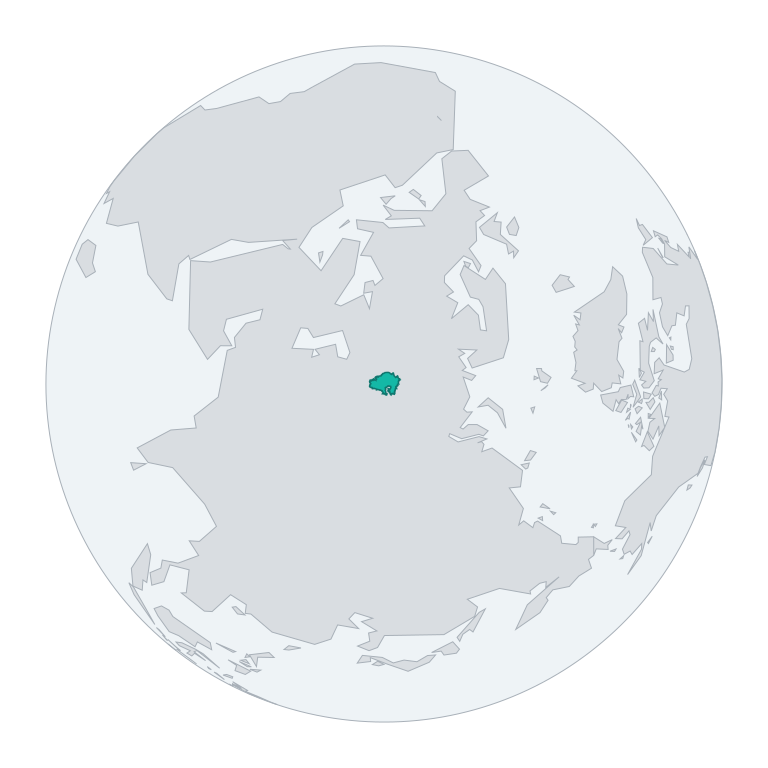 Bashkortostan highlighted on a globe, orthographic projection, rotated 103°
{"feature_id": "RUS-2378", "entity_name": "Bashkortostan", "entity_type": "Republic", "adm_level": 1, "iso_a3": "RUS", "parent_name": "Russia", "parent_adm1": "", "projection": "orthographic", "projection_center": [56.933, 54.055], "detail": "fine", "context": "on_globe", "style": "filled", "palette": "teal", "viewbox_px": 768, "rotation_deg": 103, "n_neighbors": 0, "source": "natural_earth", "source_scale": "10m", "svg_char_len": 16146}
<svg xmlns="http://www.w3.org/2000/svg" viewBox="0 0 768 768"><g transform="rotate(103 384 384)"><circle cx="384" cy="384" r="338" fill="#eef3f6" stroke="#a8b0b8"/><path d="M376.2,46.2L390.0,47.1L390.4,53.8L382.1,52.5L383.1,54.8L393.6,57.0L400.3,57.9L418.1,73.7L451.0,89.1L467.1,90.6L459.1,93.5L493.4,94.8L514.9,103.8L487.0,95.9L481.5,97.0L494.3,103.9L491.4,106.6L495.9,111.7L491.3,114.5L475.4,110.4L472.0,112.3L481.3,117.2L482.5,123.6L469.4,116.1L470.1,126.7L443.6,123.1L412.3,103.1L394.0,106.0L352.1,98.9L352.4,103.0L336.7,103.8L331.1,109.1L324.9,106.9L325.8,113.1L332.5,114.2L335.1,117.4L332.4,120.8L324.1,118.4L324.2,116.3L320.4,117.4L317.4,114.8L317.3,118.0L307.6,115.1L313.2,123.1L302.0,125.1L296.6,121.8L302.5,115.4L304.8,94.1L301.1,89.9L290.1,89.8L257.8,102.9L251.6,101.4L239.2,104.4L240.1,107.8L250.1,106.9L248.8,114.7L261.2,113.3L262.5,116.6L273.1,118.4L265.6,125.5L252.6,131.6L243.4,130.7L237.4,133.6L241.4,140.9L219.8,146.0L197.6,161.9L192.6,162.8L191.4,152.2L203.4,135.4L201.9,124.0L196.9,139.1L184.5,142.1L180.0,146.2L177.2,150.9L179.5,152.9L174.1,155.9L177.0,141.4L182.0,138.4L181.0,142.9L186.5,135.3L188.4,126.7L182.0,129.5L191.6,115.3L187.2,117.4L186.8,115.8L193.2,113.3L181.8,117.8L192.1,106.3L183.9,111.7L194.1,104.5L198.3,101.7L210.0,94.4L212.2,93.0L233.9,81.3L256.3,71.1L279.4,62.7L303.1,55.9L327.2,50.9L351.7,47.6L376.2,46.2ZM403.7,58.1L394.1,56.8L385.7,54.2L394.0,54.8L403.7,58.1ZM419.2,65.0L413.9,64.8L413.2,61.2L416.5,62.4L419.2,65.0ZM479.2,91.5L472.0,88.4L480.0,90.5L479.2,91.5ZM497.4,111.9L500.4,112.1L501.4,114.7L497.4,111.9ZM276.5,114.5L274.8,116.4L273.7,115.0L276.5,114.5ZM282.6,113.6L282.6,110.7L285.5,109.9L285.5,111.7L282.6,113.6ZM495.3,121.7L496.1,126.2L492.5,120.8L495.3,121.7ZM282.1,117.5L290.7,108.9L295.8,107.6L300.1,113.6L282.1,117.5ZM494.8,128.4L496.9,140.1L503.8,141.1L485.7,145.3L489.8,133.6L484.3,126.6L490.8,129.7L494.8,128.4ZM335.8,113.1L328.5,112.1L337.0,109.9L335.8,113.1ZM340.6,111.0L363.1,100.7L372.4,104.4L363.0,106.8L377.2,109.5L370.7,116.2L361.5,116.3L356.7,112.5L357.9,118.1L340.6,111.0ZM475.3,146.0L473.5,148.4L472.4,145.1L475.3,146.0ZM336.8,118.6L340.5,116.0L348.9,118.9L343.0,124.6L342.2,121.8L336.8,118.6ZM384.0,107.0L389.3,110.5L385.4,116.8L387.0,119.0L371.4,116.7L384.0,107.0ZM338.9,122.9L339.8,127.5L333.4,129.3L333.8,121.3L338.9,122.9ZM353.6,117.3L357.3,119.0L353.3,119.9L353.6,117.3ZM311.2,139.2L315.5,135.6L320.2,136.7L311.2,139.2ZM340.6,129.1L342.8,128.5L345.1,128.7L344.4,132.1L340.6,129.1ZM369.8,121.5L367.1,123.5L376.0,122.7L373.5,127.7L363.5,125.4L366.7,128.5L366.0,130.1L358.7,126.5L369.8,121.5ZM350.7,136.1L337.2,135.4L328.3,141.6L323.8,140.6L338.9,131.0L350.7,136.1ZM356.0,130.7L351.7,133.8L348.4,130.9L349.2,127.0L356.0,130.7ZM375.4,132.1L381.7,125.0L383.7,125.8L375.4,132.1ZM348.8,138.4L352.1,138.6L348.5,139.2L348.8,138.4ZM367.9,134.6L369.9,131.9L372.1,132.8L367.9,134.6ZM357.0,141.3L352.7,141.0L353.1,138.2L357.0,141.3ZM362.6,138.7L365.1,140.7L355.9,137.4L363.1,137.3L362.6,138.7ZM369.7,135.9L371.6,135.6L368.5,137.0L369.7,135.9ZM357.8,152.2L346.2,148.8L347.2,142.6L358.4,146.7L357.8,152.2ZM191.3,661.6L183.8,656.1L153.9,625.3L157.3,620.1L153.2,609.1L132.4,570.4L136.7,559.2L132.1,548.4L122.0,540.8L117.1,527.5L111.4,521.3L78.9,484.6L71.5,459.2L69.0,404.0L76.7,398.0L82.7,380.4L140.0,369.3L147.0,384.6L186.2,410.8L190.2,417.3L180.0,429.9L204.9,470.6L219.6,463.8L247.7,489.5L270.0,497.6L287.8,470.8L251.4,457.0L250.6,439.4L284.2,437.7L316.9,449.9L317.7,443.6L301.6,423.8L313.9,415.1L296.6,416.0L300.1,424.2L289.4,425.3L285.6,418.0L290.0,415.0L281.5,408.6L262.4,425.5L263.9,435.7L238.6,428.3L238.7,444.7L230.2,447.8L226.9,421.4L230.8,414.2L220.8,379.8L214.4,386.5L223.4,419.8L218.5,414.7L209.9,425.1L212.5,413.2L204.4,376.1L184.7,366.5L151.5,378.3L141.8,370.5L137.4,354.6L157.8,329.0L177.2,349.5L184.7,341.6L187.9,321.1L193.5,329.4L197.2,323.9L205.3,330.9L223.6,326.0L232.8,331.6L246.8,316.1L253.4,317.1L243.3,325.8L241.2,335.2L264.9,349.3L271.5,348.0L278.7,337.0L284.3,342.7L288.2,330.4L305.2,333.0L287.8,319.8L295.7,307.5L309.6,302.2L309.1,296.0L286.4,304.9L280.2,310.7L279.9,319.4L260.2,334.4L250.6,332.7L259.3,308.7L246.6,303.9L259.0,288.2L312.6,272.5L331.6,273.6L348.6,301.7L340.3,308.3L330.0,301.2L333.3,319.3L336.0,312.2L340.7,317.3L349.5,307.7L353.2,310.8L355.2,296.5L360.8,299.4L359.4,308.4L377.2,297.5L390.6,300.8L392.8,296.9L391.3,291.8L409.3,300.0L410.1,296.8L404.6,292.8L402.6,284.1L406.2,272.0L412.2,275.5L411.7,280.3L419.8,296.0L417.6,308.8L420.5,309.1L423.8,298.8L413.9,279.6L414.4,271.4L420.3,279.6L418.2,276.0L420.3,273.0L428.0,273.5L422.1,264.3L437.0,229.6L453.5,227.9L457.1,238.6L473.9,220.2L491.1,221.0L485.9,217.1L490.5,206.6L485.1,206.1L483.0,203.5L492.3,177.9L499.2,175.0L497.3,160.9L494.7,159.1L489.5,160.3L485.7,145.3L503.8,141.1L508.9,145.3L516.8,140.4L527.3,151.0L539.6,157.9L546.6,173.2L555.7,177.9L557.8,175.5L571.7,180.6L593.5,200.4L566.9,194.7L532.5,170.0L545.8,180.6L540.1,181.5L543.2,187.5L552.8,195.2L555.6,193.9L557.2,225.5L575.0,254.4L580.2,242.7L590.0,243.4L614.7,269.2L629.0,327.0L642.2,331.0L647.2,338.6L645.3,350.8L637.8,340.0L630.1,343.0L626.2,335.4L620.6,352.4L614.8,342.3L613.3,361.0L620.8,365.4L628.0,353.7L629.2,375.0L644.5,378.3L653.3,393.0L650.9,437.3L638.1,461.9L638.7,467.6L630.0,468.5L623.8,486.1L644.4,500.3L645.7,507.9L633.2,534.5L631.9,529.7L608.9,532.1L608.4,551.9L626.1,554.0L632.3,565.0L620.4,569.5L613.6,560.0L605.4,560.4L604.9,544.4L592.8,526.0L580.6,538.5L578.9,528.5L560.4,515.2L541.4,531.7L513.0,571.1L513.5,596.2L501.8,610.1L476.8,581.4L469.1,557.1L457.9,561.8L434.1,542.6L386.5,544.3L381.7,536.9L372.3,540.2L355.8,532.1L349.3,519.3L338.4,519.0L356.4,552.1L368.3,552.3L381.0,540.9L383.5,552.0L399.7,561.5L374.7,586.4L307.3,600.2L304.2,580.6L270.8,514.1L273.8,507.9L273.8,507.1L273.6,505.6L267.0,515.0L262.4,501.2L276.5,547.9L277.4,565.2L306.3,601.1L302.7,603.3L313.1,610.9L350.5,608.9L349.9,614.8L330.2,638.7L281.4,659.9L290.0,678.8L289.9,690.6L264.1,689.6L271.1,697.4L258.4,694.6L260.8,697.3L253.2,695.4L246.6,692.7L218.2,678.5L191.3,661.6ZM114.4,387.3L111.5,392.0L111.4,392.0L114.4,387.3ZM348.0,477.8L369.9,481.7L366.1,460.5L374.2,460.5L370.0,453.5L365.7,459.0L356.2,440.1L367.9,435.2L368.3,425.9L361.0,424.3L341.2,436.4L354.6,463.2L347.0,470.7L348.0,477.8ZM170.1,122.4L169.9,122.6L170.1,122.4ZM184.4,143.0L184.0,144.2L180.2,149.0L180.2,146.9L184.4,143.0ZM174.6,171.3L166.0,175.5L172.1,170.7L170.4,168.1L181.0,155.4L190.6,162.7L184.4,161.4L174.6,171.3ZM197.9,141.2L190.0,147.9L198.2,140.3L197.9,141.2ZM209.6,288.6L210.0,295.4L203.5,299.8L191.9,294.4L201.2,287.8L209.6,288.6ZM212.1,304.3L224.0,282.9L231.8,286.0L225.4,287.7L229.3,291.9L220.2,296.0L215.9,320.5L209.9,326.2L191.6,312.1L200.9,313.3L199.9,306.3L212.1,304.3ZM240.8,228.2L246.1,220.5L256.0,236.9L250.0,242.4L237.9,236.9L238.0,227.3L240.8,228.2ZM287.9,130.4L289.3,127.4L291.6,127.9L292.3,130.9L287.9,130.4ZM312.8,137.4L284.3,144.4L284.5,141.2L267.6,149.8L261.4,144.9L272.5,139.3L255.1,142.4L262.6,135.5L250.8,138.7L276.2,126.8L282.3,121.1L277.9,129.2L283.4,133.7L287.7,134.0L304.2,130.8L320.0,121.4L328.1,125.0L329.5,130.0L327.0,132.8L322.5,129.5L322.3,135.6L313.9,133.0L312.8,137.4ZM342.2,194.6L338.1,188.2L336.2,202.7L327.8,199.1L328.1,201.0L319.9,201.8L310.4,206.3L307.4,203.5L305.0,206.5L299.4,207.3L295.1,210.6L288.3,207.0L282.4,210.8L282.5,206.9L274.3,214.6L277.3,207.4L270.5,208.1L271.1,214.7L244.6,190.2L231.2,186.5L218.3,187.6L225.2,175.8L241.7,167.6L261.6,163.3L273.6,169.0L274.5,163.0L280.6,164.0L277.3,168.3L285.9,162.4L290.0,164.5L307.7,162.5L317.7,153.3L324.4,152.6L322.6,157.3L330.6,153.3L331.6,161.9L336.5,161.7L342.4,170.2L336.0,179.9L341.9,179.0L346.6,185.8L342.2,194.6ZM359.1,154.7L353.4,166.4L346.0,170.4L338.8,154.0L334.3,153.0L329.5,143.2L340.3,137.8L340.7,141.0L343.6,143.0L339.0,143.9L344.8,144.6L345.6,149.2L350.3,151.1L347.1,154.3L359.1,154.7ZM198.1,415.4L201.8,418.9L208.4,422.4L203.1,429.3L198.1,415.4ZM192.0,390.2L195.9,391.8L191.6,402.6L187.8,399.2L192.0,390.2ZM201.7,383.7L196.5,391.0L197.0,385.1L201.7,383.7ZM247.2,326.8L251.8,328.0L250.8,331.0L246.6,333.7L247.2,326.8ZM334.6,238.8L333.5,234.0L335.7,233.2L340.0,222.7L346.5,224.9L346.5,232.0L334.6,238.8ZM279.6,473.9L271.0,477.3L268.6,473.3L272.0,472.9L279.6,473.9ZM233.6,454.1L242.4,462.8L232.1,455.8L233.6,454.1ZM342.5,239.4L343.4,234.8L346.1,238.8L342.5,239.4ZM351.5,226.0L355.2,229.7L347.8,223.9L351.5,226.0ZM347.3,698.4L331.7,712.1L315.7,709.5L309.9,704.9L313.8,695.9L331.6,695.3L339.5,690.5L347.3,698.4ZM678.3,543.4L682.7,537.1L682.3,538.2L678.3,543.4ZM673.9,547.9L679.5,540.2L672.5,551.0L673.9,547.9ZM681.5,537.2L687.1,527.2L689.6,522.2L688.8,524.6L681.5,537.2ZM669.9,553.2L645.5,580.1L635.0,587.9L638.1,582.5L655.0,566.8L669.9,553.2ZM637.3,583.2L620.4,588.7L592.8,578.6L602.8,572.9L630.8,570.5L629.1,574.8L639.3,573.2L637.3,583.2ZM675.4,527.4L673.6,537.6L660.8,552.1L654.5,557.5L650.3,550.9L652.7,542.6L658.1,537.4L675.1,495.1L681.7,492.1L677.3,507.8L682.5,509.0L675.4,527.4ZM515.2,597.9L524.3,608.6L517.6,613.1L515.2,597.9ZM679.4,470.8L674.2,489.5L678.1,468.4L679.4,470.8ZM680.0,453.5L681.7,457.9L677.8,457.0L680.0,453.5ZM641.0,475.0L635.6,481.7L634.2,478.2L640.3,467.5L641.0,475.0ZM659.9,405.5L664.6,416.8L665.2,421.7L660.4,417.9L659.9,405.5ZM399.7,255.2L386.5,267.0L381.3,277.8L385.2,287.1L374.0,279.4L382.0,262.7L399.7,255.2ZM431.8,232.2L428.3,224.7L433.5,225.0L435.0,226.8L431.8,232.2ZM427.1,229.8L415.9,226.4L416.4,220.3L425.1,224.1L427.1,229.8ZM378.9,232.3L374.5,235.5L372.4,232.0L378.9,232.3ZM685.9,535.9L689.3,528.9L690.3,526.6L685.9,535.9ZM689.0,526.5L696.1,510.0L698.9,503.7L689.0,526.5ZM716.1,446.6L716.3,445.3L711.1,464.0L710.1,464.2L712.7,454.3L708.1,464.5L713.3,448.0L714.6,450.0L717.1,435.0L719.8,421.2L720.4,415.7L716.1,446.6ZM711.6,465.6L712.3,463.0L711.2,467.6L711.6,465.6ZM701.2,488.0L700.7,490.7L699.1,492.6L701.2,488.0ZM703.5,481.9L707.9,473.0L702.9,484.8L703.5,481.9ZM685.8,506.3L687.6,508.8L693.7,495.6L689.0,508.0L692.2,510.1L690.5,515.5L687.5,512.7L685.0,524.6L682.2,528.6L681.6,522.7L684.8,508.1L687.5,499.6L697.9,480.2L685.8,506.3ZM703.8,475.4L702.4,472.0L703.3,465.5L704.9,465.7L703.8,475.4ZM696.8,464.7L691.4,464.3L687.8,473.9L693.8,449.3L698.2,453.8L696.8,464.7ZM690.2,453.6L687.0,462.6L689.4,449.6L690.2,453.6ZM685.4,461.5L683.6,456.5L686.9,452.4L685.4,461.5ZM692.1,450.6L690.5,439.7L693.3,442.9L692.1,450.6ZM678.6,445.6L688.0,444.7L678.1,454.2L671.5,435.7L675.2,429.5L678.6,445.6ZM660.0,332.2L655.6,327.8L657.2,320.9L659.8,325.8L660.0,332.2ZM658.5,295.9L656.2,317.6L653.7,335.8L657.4,334.6L662.0,347.3L653.3,344.0L650.8,324.1L653.7,312.2L648.5,302.4L647.2,289.4L638.8,280.5L636.4,272.8L644.9,277.3L658.5,295.9ZM634.9,277.2L619.7,259.0L625.4,250.8L630.0,252.9L634.6,264.6L631.4,268.2L634.9,277.2ZM617.7,252.3L614.4,255.8L585.1,239.9L580.3,234.7L605.6,241.5L603.9,245.3L610.1,250.9L617.7,252.3ZM477.0,149.6L473.8,148.5L477.0,147.6L477.0,149.6ZM480.0,203.6L477.6,199.9L481.4,198.7L480.0,203.6ZM473.1,189.3L470.5,193.2L470.8,187.7L473.1,189.3ZM464.9,202.4L468.2,194.1L468.7,204.2L464.9,202.4Z" fill="#d9dde1" stroke="#a8b0b8" stroke-width="1"/><path d="M385.6,370.6L385.6,371.1L385.8,371.5L385.7,371.8L386.0,371.9L386.3,371.9L386.5,371.7L386.9,371.6L387.1,371.7L387.2,371.8L387.7,371.8L387.8,371.7L388.2,371.9L388.5,371.8L388.5,372.1L388.8,372.1L388.8,371.9L389.0,371.6L389.4,371.5L389.5,371.6L389.8,371.8L389.9,372.1L390.2,372.1L390.6,372.0L390.8,371.8L390.9,371.4L391.3,371.5L391.7,371.6L391.8,371.7L391.7,372.1L391.4,372.4L391.6,373.0L391.5,373.4L391.4,373.6L391.8,373.7L391.9,373.8L391.8,374.2L392.0,374.5L391.7,374.7L391.7,374.9L391.8,374.9L392.3,374.6L392.5,374.9L393.0,374.8L392.8,375.3L392.5,375.5L392.2,375.5L391.6,375.7L391.5,375.9L391.5,376.1L391.5,376.4L390.9,376.9L390.9,376.5L390.7,376.4L390.4,376.5L390.7,376.7L390.6,376.8L390.1,376.8L390.0,377.0L390.3,377.1L390.1,377.4L390.0,377.5L389.9,377.2L389.6,377.4L389.5,377.5L390.1,377.7L390.4,378.2L389.7,378.7L389.4,378.6L389.4,378.3L389.4,378.2L388.9,378.4L389.1,378.0L388.8,377.9L388.9,377.7L388.6,377.4L388.1,377.7L388.1,377.8L388.3,377.9L387.9,378.3L388.0,378.6L387.6,378.9L387.5,378.7L387.7,378.4L387.7,378.1L387.5,377.4L387.8,377.4L388.0,377.2L387.8,376.9L387.7,376.8L387.3,376.7L386.5,376.6L386.0,376.5L385.7,376.5L385.3,376.9L385.1,376.9L385.1,377.1L384.9,377.1L385.0,377.5L384.8,377.7L384.7,377.9L384.7,378.1L384.8,378.4L385.1,378.7L384.8,379.2L384.8,379.4L384.9,379.6L385.5,379.9L385.5,380.1L386.0,380.2L386.0,380.4L386.2,380.6L386.8,380.9L386.8,381.4L387.0,381.4L387.2,381.7L387.3,381.9L387.5,382.0L388.3,381.4L388.4,381.2L388.9,381.1L389.5,381.2L389.8,381.5L390.1,381.2L390.4,380.9L391.2,380.6L391.3,380.5L391.8,380.6L392.1,380.2L392.4,380.0L392.6,379.7L392.8,379.5L392.8,379.2L393.1,379.0L393.1,378.8L393.8,379.1L394.1,379.0L394.3,379.4L394.1,379.9L394.1,380.2L394.0,380.5L393.8,380.8L393.5,380.9L393.4,381.2L393.4,381.3L393.6,381.5L393.6,381.9L393.4,382.1L393.8,382.4L393.9,382.6L393.6,383.0L393.7,383.3L393.4,383.2L393.0,383.0L392.5,383.1L392.2,383.1L392.0,383.4L391.7,384.3L391.2,384.5L391.0,384.4L390.9,384.6L391.0,384.8L390.9,385.0L390.9,385.4L390.8,385.7L390.9,386.3L390.6,386.6L390.6,386.8L390.9,386.9L390.8,387.2L390.8,388.2L390.7,388.4L390.7,388.9L390.7,389.0L390.9,389.0L391.0,389.8L391.3,389.8L391.4,390.0L390.8,390.1L390.7,390.3L390.6,390.5L390.5,391.0L390.6,391.5L390.6,391.8L390.4,392.2L390.5,392.4L390.7,392.6L390.8,392.8L390.6,393.0L390.7,393.4L390.8,393.5L390.8,393.9L391.1,394.1L391.2,394.3L390.9,394.5L390.3,394.5L390.0,395.0L390.4,395.7L390.4,395.8L390.2,395.9L390.2,396.4L390.0,396.8L390.0,397.3L389.7,397.5L389.4,397.4L389.2,397.5L389.1,397.4L389.0,397.5L388.9,397.6L388.5,397.6L388.4,397.6L388.4,397.4L388.2,397.3L387.9,397.4L387.8,397.1L387.7,397.1L387.1,397.1L386.9,397.1L386.8,396.9L386.7,396.9L386.7,397.1L386.5,397.3L386.6,397.5L386.3,397.6L386.1,397.8L385.8,397.7L385.7,397.8L385.7,398.2L385.0,398.6L384.8,398.6L384.6,398.2L384.3,398.1L384.2,397.7L383.8,397.7L383.6,397.6L383.8,397.9L383.8,398.3L383.7,398.5L383.4,398.5L383.3,398.4L383.4,398.1L383.2,397.8L383.4,397.6L383.1,397.3L382.9,397.2L382.9,396.8L383.3,396.7L383.0,396.5L383.0,396.4L383.1,395.8L383.0,395.7L382.7,395.8L382.9,395.4L382.5,395.2L382.1,395.2L382.3,395.0L381.8,395.2L381.8,395.4L381.5,395.4L381.4,395.3L381.3,395.1L381.7,394.8L381.8,394.5L382.3,394.3L382.2,393.8L382.2,393.6L381.9,393.2L382.0,393.0L382.1,392.9L382.2,392.7L381.6,392.8L381.3,392.6L381.1,392.3L380.9,392.3L380.9,392.5L380.5,393.1L380.4,393.1L380.3,393.7L380.1,393.9L379.8,394.1L379.7,394.0L379.6,393.8L379.4,393.9L379.0,393.8L378.9,393.6L379.0,393.1L378.8,393.0L379.0,392.9L379.0,392.7L378.7,392.6L378.7,392.4L378.6,392.2L378.4,392.2L378.2,392.4L378.0,392.2L378.1,391.8L378.1,391.7L378.3,391.8L378.3,392.0L378.6,391.9L378.6,391.7L378.4,391.6L378.4,391.4L378.6,391.4L378.6,391.1L378.4,391.0L378.1,391.0L377.7,391.2L377.6,390.7L377.4,390.4L377.0,389.6L376.9,388.8L376.7,388.7L376.3,388.6L375.9,388.7L375.6,388.5L375.7,388.2L374.8,387.6L374.6,387.8L374.4,387.8L374.1,387.6L373.9,387.2L373.7,386.9L373.3,386.1L373.2,385.9L372.6,385.6L372.4,384.7L372.1,383.9L372.0,383.6L372.0,383.4L371.9,383.2L371.9,382.7L371.7,382.1L371.7,381.8L372.0,381.1L372.0,380.7L372.3,380.5L372.7,379.9L372.6,379.6L372.7,379.3L372.6,379.2L372.8,378.8L372.4,378.8L372.1,378.2L371.6,378.0L371.6,377.8L371.4,377.6L371.2,377.5L371.2,377.3L371.3,377.2L371.9,377.1L372.0,377.0L372.2,376.8L372.5,377.0L372.8,376.9L372.8,376.7L373.1,376.5L373.2,376.2L373.9,375.9L374.0,375.5L374.2,375.2L374.8,374.5L374.9,374.4L375.0,374.2L374.8,374.1L374.6,373.7L374.4,373.7L374.2,373.6L374.3,373.2L374.0,373.2L373.9,373.0L373.6,373.0L373.1,372.8L373.2,372.5L373.6,372.5L373.8,372.1L374.2,372.2L374.4,372.2L374.5,372.0L374.8,371.4L375.2,371.0L375.5,370.9L375.6,370.6L375.5,370.3L375.8,370.4L376.2,369.4L376.3,369.2L376.6,369.5L376.9,369.8L377.5,370.2L377.5,370.3L377.5,370.5L378.0,370.4L378.2,370.6L378.3,370.6L378.3,370.4L378.5,370.5L379.0,370.5L379.5,370.1L380.1,369.9L380.5,370.0L380.7,369.8L380.8,370.3L381.1,370.6L381.2,370.8L381.6,370.7L381.8,370.7L382.0,370.5L382.1,370.4L382.2,370.2L382.4,370.3L382.7,370.3L382.8,370.4L382.6,370.6L382.8,371.0L383.0,371.0L383.4,371.2L383.5,371.5L383.8,371.9L384.3,371.8L384.3,371.6L384.8,371.6L384.9,371.4L385.1,371.1L385.1,370.8L385.6,370.6Z" fill="#14b8a6" stroke="#0f766e" stroke-width="1.5"/></g></svg>